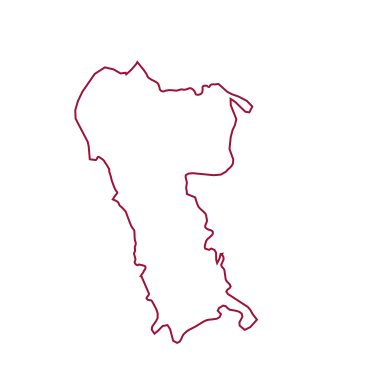 SVG path tracing the border of Sremski, rotated 249°
{"feature_id": "SRB-281", "entity_name": "Sremski", "entity_type": "District", "adm_level": 1, "iso_a3": "SRB", "parent_name": "Republic of Serbia", "parent_adm1": "", "projection": "albers", "projection_center": [19.679, 44.916], "detail": "fine", "context": "isolated", "style": "outline", "palette": "rose", "viewbox_px": 384, "rotation_deg": 249, "n_neighbors": 0, "source": "natural_earth", "source_scale": "10m", "svg_char_len": 4636}
<svg xmlns="http://www.w3.org/2000/svg" viewBox="0 0 384 384"><g transform="rotate(249 192 192)"><path d="M89.9,194.2L88.8,192.7L88.1,190.1L86.7,188.3L84.0,188.9L64.5,203.0L61.0,204.2L56.5,204.8L49.5,206.9L45.0,198.0L44.4,191.8L50.2,188.6L53.2,189.5L57.5,194.4L60.6,194.8L63.2,193.2L65.3,190.6L68.7,184.9L70.8,183.6L73.3,182.6L74.8,180.4L74.0,175.7L72.0,173.5L67.6,175.2L65.3,173.0L64.8,169.9L65.6,166.1L66.6,162.5L67.1,159.6L66.9,156.4L65.2,147.4L64.4,140.0L63.8,137.1L62.2,133.2L60.6,131.2L58.4,129.1L56.7,126.7L56.5,124.0L59.8,121.1L71.8,122.4L76.5,121.4L77.4,116.5L74.7,110.7L73.2,106.2L77.9,105.1L80.5,106.5L84.5,112.4L86.8,114.8L90.9,116.4L95.6,116.7L104.6,115.5L105.7,114.8L106.3,113.4L107.1,112.1L108.7,111.4L109.7,111.9L111.4,114.6L112.4,115.4L131.1,114.6L131.8,113.9L133.1,115.7L134.6,117.9L134.9,118.2L135.5,118.7L135.8,119.0L136.1,119.6L136.5,120.3L136.6,120.5L136.9,120.8L137.1,120.9L138.2,121.5L138.5,121.6L138.9,121.7L139.1,121.7L139.3,121.6L139.5,121.5L139.6,121.4L139.8,121.3L140.0,121.1L140.6,120.5L141.0,120.0L143.4,116.4L143.3,116.1L143.1,115.4L143.2,114.9L143.5,114.4L143.9,114.1L144.3,113.8L145.4,113.3L146.2,113.2L146.5,113.2L147.0,113.3L147.5,113.6L148.6,114.6L149.1,114.9L149.6,115.1L150.5,115.3L155.5,115.8L156.7,117.1L157.3,117.6L157.8,117.9L158.3,118.1L159.7,118.4L160.4,118.6L160.9,118.8L161.4,119.1L162.9,120.4L163.8,121.0L164.4,121.1L165.2,121.3L167.8,121.5L168.6,121.7L170.9,122.4L174.0,123.5L176.2,124.2L176.8,124.2L177.5,124.2L180.6,123.3L181.4,123.1L182.3,123.1L184.9,123.0L197.5,123.1L201.6,121.5L203.2,120.8L204.3,120.1L204.9,119.8L205.5,119.6L208.4,119.4L209.1,119.2L209.7,118.9L210.2,118.5L211.4,117.5L213.5,115.4L215.8,118.4L217.6,121.5L217.9,121.8L218.3,122.0L218.7,122.1L219.1,122.0L221.0,121.4L221.8,121.3L223.5,121.1L227.1,121.1L230.8,121.2L232.7,121.3L233.5,121.5L234.0,121.6L237.3,121.9L240.4,122.0L240.8,122.1L241.7,122.6L242.1,122.7L243.6,122.8L247.2,122.2L248.7,121.9L249.7,121.6L252.5,121.1L253.3,120.8L254.0,120.5L254.7,120.1L256.7,118.7L257.6,118.0L258.1,117.5L258.3,117.2L258.4,116.9L258.3,116.4L257.9,115.9L257.0,115.0L256.6,114.4L256.4,114.0L256.4,113.6L256.5,113.3L256.7,112.9L259.2,108.3L271.5,111.9L276.3,112.6L302.2,109.6L310.3,112.4L317.8,118.1L322.3,122.9L324.8,125.5L335.6,141.3L337.1,143.5L339.6,155.3L334.6,162.7L328.3,167.8L327.1,172.8L325.4,172.8L328.2,179.8L331.6,186.0L332.9,187.5L323.5,190.6L318.6,191.8L316.0,191.9L315.3,192.0L314.3,192.3L313.7,192.7L312.4,193.7L311.0,194.7L309.4,196.3L306.6,198.5L306.2,198.8L305.6,199.0L304.9,199.2L303.2,199.2L301.5,199.1L299.7,198.8L299.1,198.8L298.6,198.9L298.1,199.1L297.6,199.4L296.7,200.3L296.3,200.9L296.1,201.3L296.1,201.8L296.0,203.6L295.9,204.3L295.3,207.3L294.6,208.9L292.2,213.8L291.9,215.9L291.8,218.2L291.6,218.9L291.3,219.6L290.5,220.8L290.2,221.5L290.0,222.3L289.9,223.1L289.8,226.4L289.7,227.2L289.5,227.7L289.2,228.1L288.5,228.8L287.7,229.4L286.2,230.1L284.7,230.5L284.0,230.6L283.2,230.5L282.6,230.5L282.1,230.6L281.7,230.7L281.3,231.1L280.7,232.1L280.6,232.5L280.4,233.4L280.3,234.3L280.4,235.1L280.6,236.0L280.8,236.5L281.1,236.9L281.9,237.6L282.7,238.1L284.3,238.8L286.0,239.3L286.3,239.6L286.7,240.0L286.8,240.6L286.8,241.2L286.5,242.7L286.2,243.3L285.9,243.8L285.6,244.0L284.3,244.9L284.1,245.2L283.9,245.7L284.0,246.0L285.2,247.5L285.3,248.0L285.4,248.6L285.3,249.0L284.8,250.8L284.2,251.8L283.4,255.4L272.8,260.9L268.9,264.4L264.4,269.7L257.2,276.0L250.1,278.9L245.8,274.0L247.9,270.5L260.7,264.6L265.1,261.4L259.2,259.3L244.2,259.5L239.0,256.0L235.3,252.1L229.5,247.9L218.7,242.4L207.6,242.2L204.0,240.5L202.2,238.4L201.1,236.2L200.2,233.7L198.8,231.0L197.9,225.3L199.9,218.3L209.3,199.4L210.4,195.5L210.0,192.3L208.3,191.4L202.5,190.6L197.8,187.9L194.1,187.3L192.0,186.5L185.8,193.1L185.1,193.0L183.3,192.8L178.8,192.6L177.0,192.7L176.2,192.7L175.4,192.9L173.8,193.5L170.0,195.4L167.9,196.4L167.1,196.7L166.4,196.8L165.7,196.8L165.0,196.8L163.4,196.4L161.3,196.1L160.2,195.8L158.9,195.1L158.3,194.6L156.3,192.7L155.8,192.3L155.2,192.0L154.6,191.8L154.3,191.8L153.7,192.0L153.0,192.3L152.1,192.9L151.5,193.4L150.7,194.3L149.7,195.7L148.8,196.5L148.2,196.9L147.7,197.1L147.3,197.1L146.9,197.0L146.0,196.6L145.5,196.4L145.0,195.9L144.6,195.2L143.9,193.3L143.1,191.4L142.4,189.5L142.1,188.9L141.3,187.8L140.1,186.8L137.6,185.0L137.0,184.6L136.0,184.2L135.3,184.1L134.6,184.1L134.2,184.2L131.9,187.2L132.3,189.7L129.9,192.2L126.7,192.7L120.0,190.3L116.6,190.0L120.1,193.9L123.9,196.5L123.5,198.1L122.7,197.2L122.6,197.5L122.0,197.8L119.8,198.0L117.7,197.3L113.4,193.1L111.4,193.1L109.6,193.9L107.7,194.3L98.1,192.1L95.9,192.5L92.1,194.2L89.9,194.2Z" fill="none" stroke="#9f1239" stroke-width="2"/></g></svg>